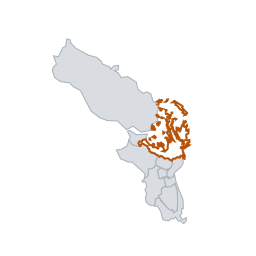 map of Greece with Bulgaria, Turkey, Albania and 6 others greyed out, rotated 218°
{"feature_id": "GRC", "entity_name": "Greece", "entity_type": "country or territory", "adm_level": 0, "iso_a3": "GRC", "parent_name": "Europe", "parent_adm1": "", "projection": "mercator", "projection_center": [23.941, 38.339], "detail": "fine", "context": "with_neighbors", "style": "outline", "palette": "amber", "viewbox_px": 256, "rotation_deg": 218, "n_neighbors": 9, "source": "natural_earth", "source_scale": "50m", "svg_char_len": 8750}
<svg xmlns="http://www.w3.org/2000/svg" viewBox="0 0 256 256"><g transform="rotate(218 128 128)"><path d="M84.4,98.6L86.4,102.4L103.8,103.6L107.0,101.3L114.9,99.1L123.6,103.5L120.1,107.2L117.7,113.7L119.9,118.8L114.1,117.6L107.4,120.4L107.3,124.9L101.3,125.7L96.6,122.6L91.3,125.0L86.4,124.8L85.9,118.9L82.6,116.0L83.7,114.8L83.0,113.7L84.1,110.8L86.6,108.0L83.4,104.0L82.8,100.7L84.4,98.6Z" fill="#d9dde1" stroke="#a8b0b8" stroke-width="1"/><path d="M231.1,160.5L227.9,161.9L225.6,159.8L217.9,158.7L203.9,161.1L196.3,164.3L190.8,164.3L187.3,162.7L180.0,165.0L177.8,163.4L177.5,168.0L173.9,171.6L171.5,167.9L174.0,164.8L169.9,165.5L164.4,163.6L159.8,168.3L149.8,169.3L144.4,164.8L137.3,164.6L135.7,168.0L131.1,169.0L124.7,164.6L117.5,164.7L113.6,156.5L108.7,151.8L111.9,145.2L107.7,141.1L115.1,132.8L125.3,132.5L128.1,125.8L140.7,127.0L148.7,121.2L156.4,118.7L167.4,118.5L188.5,128.2L196.2,126.9L201.9,127.6L209.8,123.0L216.8,122.6L223.2,126.9L224.3,130.0L223.7,134.3L231.2,139.0L226.7,141.4L228.8,151.2L227.5,153.8L231.1,160.5ZM107.4,120.4L114.1,117.6L119.9,118.8L120.6,122.3L126.4,125.1L125.2,127.3L117.3,127.8L109.0,135.2L107.0,129.3L108.6,128.3L110.6,122.8L107.4,120.4Z" fill="#d9dde1" stroke="#a8b0b8" stroke-width="1"/><path d="M73.6,129.1L73.5,131.4L71.3,132.7L70.9,135.5L67.8,139.7L62.9,134.3L62.3,130.1L63.8,121.4L62.2,117.2L65.1,112.7L65.5,114.4L67.3,113.6L70.3,117.0L69.9,123.2L70.8,127.0L73.6,129.1Z" fill="#d9dde1" stroke="#a8b0b8" stroke-width="1"/><path d="M44.0,77.2L51.1,82.5L56.6,84.3L59.1,82.9L62.8,89.2L60.2,92.8L57.2,90.7L46.9,89.3L43.8,89.5L42.4,91.4L40.0,89.3L38.6,93.2L51.4,109.6L57.3,113.1L56.5,114.6L40.4,105.3L34.8,98.5L36.2,97.8L33.1,93.9L33.0,90.8L28.8,89.3L26.7,93.3L24.8,90.2L25.2,86.8L29.8,87.1L31.0,85.5L35.8,87.2L35.8,84.6L38.1,83.6L38.8,79.7L44.0,77.2Z" fill="#d9dde1" stroke="#a8b0b8" stroke-width="1"/><path d="M57.3,113.1L51.4,109.6L43.3,100.4L38.6,93.2L40.0,89.3L42.4,91.4L43.8,89.5L46.9,89.3L62.6,92.8L61.0,96.9L64.2,100.4L63.2,104.7L58.2,108.1L57.3,113.1Z" fill="#d9dde1" stroke="#a8b0b8" stroke-width="1"/><path d="M82.6,116.0L85.9,118.9L86.4,124.8L84.0,126.6L80.5,126.4L77.9,128.4L73.6,129.1L70.8,127.0L69.9,123.2L71.9,118.4L82.6,116.0Z" fill="#d9dde1" stroke="#a8b0b8" stroke-width="1"/><path d="M59.1,82.9L64.1,80.4L68.3,80.8L71.9,84.5L72.6,87.5L76.7,89.8L77.2,93.6L81.1,96.3L83.1,94.2L84.8,95.4L83.2,97.0L84.4,98.6L82.8,100.7L83.4,104.0L86.6,108.0L84.1,110.8L83.0,113.7L83.7,114.8L82.6,116.0L77.3,116.7L78.6,112.8L72.2,107.4L68.5,111.6L69.1,110.8L61.6,105.1L63.2,104.7L64.2,100.4L61.0,96.9L62.6,92.8L60.2,92.8L62.8,89.2L59.1,82.9Z" fill="#d9dde1" stroke="#a8b0b8" stroke-width="1"/><path d="M69.1,110.8L65.5,114.4L65.1,112.7L62.2,117.2L62.7,120.0L56.5,114.6L58.2,108.1L61.6,105.1L69.1,110.8Z" fill="#d9dde1" stroke="#a8b0b8" stroke-width="1"/><path d="M70.7,120.2L70.3,117.0L67.3,113.6L70.1,111.0L71.0,107.9L72.2,107.4L78.6,112.8L77.3,116.7L71.9,118.4L71.6,120.3L70.7,120.2Z" fill="#d9dde1" stroke="#a8b0b8" stroke-width="1"/><path d="M107.9,121.2L110.5,122.4L110.8,124.2L110.6,124.6L108.8,125.7L109.0,127.8L107.3,129.9L106.9,130.1L105.7,129.1L101.6,128.3L100.7,127.8L98.6,129.0L96.5,128.2L93.9,130.2L91.8,130.0L91.6,130.6L92.5,131.7L92.2,132.3L92.5,132.8L93.6,132.9L94.8,133.6L95.6,135.2L94.4,134.0L92.8,133.4L91.5,133.6L91.5,134.0L93.1,135.5L93.4,136.3L93.0,136.8L92.3,136.3L91.1,134.5L89.5,134.2L89.3,134.6L89.6,135.5L91.2,136.8L90.9,137.1L89.3,136.6L88.9,135.7L88.8,134.6L86.0,133.0L85.7,132.2L86.2,131.3L84.3,132.2L84.3,133.3L83.9,135.4L84.0,136.2L85.6,138.2L86.6,140.2L88.3,142.0L88.9,143.6L87.7,144.2L87.5,143.9L87.8,142.9L86.7,142.2L86.2,142.4L85.7,142.9L86.0,143.6L86.5,144.8L87.2,144.7L85.4,145.9L83.9,146.2L86.9,147.3L87.6,147.9L88.4,148.0L89.2,149.1L90.5,149.4L91.3,150.6L93.1,151.2L93.5,152.4L93.7,156.0L93.2,156.3L90.6,153.5L90.0,153.2L88.0,153.9L87.0,154.6L87.7,155.3L88.0,156.7L89.3,157.1L90.0,158.2L87.8,159.1L87.4,158.9L87.4,158.2L86.8,157.9L85.2,157.0L84.9,157.4L85.2,158.6L85.7,159.5L87.1,163.1L87.0,164.8L87.8,166.5L86.6,165.8L85.3,163.7L84.8,163.6L84.1,163.7L83.3,165.5L83.3,166.5L82.9,166.2L82.6,165.9L82.6,164.4L80.6,161.7L79.8,162.0L79.7,163.5L79.4,164.1L78.4,163.0L77.3,161.2L77.3,160.2L78.0,159.3L78.0,158.7L77.2,157.4L75.6,156.3L75.4,155.4L74.3,154.5L75.5,153.3L76.1,151.9L77.8,152.1L78.9,150.8L79.8,150.8L86.2,153.9L86.0,153.1L87.5,152.9L87.9,152.4L87.3,151.9L85.6,151.6L82.9,149.8L82.2,150.5L79.9,150.1L76.6,150.8L75.7,149.4L75.5,150.4L74.7,150.6L74.2,150.3L73.4,148.0L72.6,147.0L72.0,146.7L71.9,146.1L72.0,145.7L72.7,145.6L74.2,146.0L74.5,145.7L74.2,144.8L72.0,145.0L69.9,142.9L68.8,142.3L68.1,140.4L66.8,139.0L67.7,139.4L68.5,139.3L68.9,138.2L69.4,138.2L68.9,136.7L69.5,136.0L71.2,135.5L72.2,132.6L73.1,132.2L73.7,131.1L73.2,129.7L73.2,129.1L75.6,128.9L76.1,128.6L77.3,128.9L78.6,128.2L80.0,126.6L81.3,126.4L83.4,126.7L84.9,126.2L85.3,124.8L87.8,124.9L88.3,124.4L90.9,124.3L93.4,123.7L93.7,123.1L96.8,122.9L97.3,123.9L98.5,124.6L99.0,124.3L99.9,124.5L101.6,125.6L105.2,124.8L106.1,125.0L107.5,124.4L107.6,123.2L107.0,121.8L107.2,121.5L107.9,121.2ZM92.0,173.8L93.4,174.0L94.0,173.5L94.5,173.5L94.7,173.9L94.1,174.3L95.0,174.5L95.2,175.2L95.7,175.4L98.1,174.8L100.0,175.0L100.7,175.5L103.1,175.8L104.8,175.5L104.9,177.1L105.2,177.3L106.8,176.5L107.7,176.6L108.7,175.7L108.2,177.9L107.7,178.1L105.5,178.1L98.7,178.8L98.3,178.7L98.1,177.6L96.4,177.0L90.6,176.2L90.4,174.9L90.5,174.0L90.8,173.7L91.2,174.1L91.6,173.0L92.0,173.8ZM88.8,144.8L90.2,146.7L92.5,147.7L94.2,148.1L94.7,149.0L94.6,149.6L95.2,151.7L95.7,152.2L97.1,152.3L97.2,153.4L96.7,153.8L95.7,153.4L94.8,152.6L94.6,151.8L93.6,150.3L91.8,150.2L91.0,149.8L90.8,148.9L88.4,146.8L86.9,146.1L86.3,146.4L85.9,146.2L88.4,144.8L88.8,144.8ZM109.3,142.3L109.2,142.8L110.4,144.1L110.5,144.8L109.9,144.4L110.2,145.1L109.2,145.3L107.7,144.8L107.3,144.4L108.4,143.4L107.8,143.4L107.1,144.3L106.0,143.9L105.6,143.4L106.0,142.6L107.2,142.5L107.7,142.2L107.7,141.9L108.9,141.8L109.3,142.3ZM118.8,170.7L118.2,170.9L118.0,170.5L118.3,169.6L118.0,168.7L119.3,167.3L121.4,166.6L120.8,168.4L120.3,169.1L120.5,169.6L119.6,169.8L118.8,170.7ZM107.7,151.0L106.6,152.2L105.9,151.5L105.8,151.3L106.6,150.6L105.6,149.2L105.6,148.7L106.7,148.5L107.7,149.0L107.7,151.0ZM70.6,149.5L71.0,151.3L71.4,151.5L72.1,152.3L71.9,152.9L70.8,152.5L70.3,152.6L69.8,151.6L69.2,152.0L69.5,150.7L70.3,150.7L70.6,149.5ZM67.3,141.4L67.5,141.8L66.1,141.1L64.5,138.5L65.8,138.0L66.3,138.4L66.4,138.7L65.8,139.3L66.2,139.8L66.5,141.0L67.3,141.4ZM103.0,136.2L102.3,138.1L101.7,138.0L101.6,137.4L101.2,137.9L100.4,137.8L100.4,136.5L101.5,136.4L101.9,136.9L103.0,136.2ZM112.1,155.1L113.5,155.5L113.6,156.0L112.2,156.5L110.5,155.9L110.8,155.4L112.1,155.1ZM98.5,131.1L97.6,131.4L96.8,130.8L96.8,130.5L97.5,129.6L98.1,129.6L98.6,130.4L98.5,131.1ZM72.7,155.2L73.4,156.0L72.9,155.8L72.3,156.4L70.9,154.8L71.4,154.1L71.9,154.8L72.7,155.2ZM103.6,162.2L103.0,162.5L102.4,161.3L103.5,160.3L103.9,160.6L103.6,162.2ZM99.9,155.6L99.7,156.1L98.1,154.4L98.0,153.9L98.6,153.6L99.0,154.3L99.7,154.3L99.9,155.6ZM114.8,174.4L114.2,175.0L113.7,173.4L114.3,172.4L114.3,171.9L114.7,171.6L114.3,173.2L114.8,174.4ZM71.6,148.1L70.5,148.6L70.8,147.1L71.4,146.4L71.6,148.1ZM87.4,168.1L87.0,168.9L86.3,168.7L86.1,168.3L86.1,167.5L86.4,167.0L87.4,168.1ZM115.6,163.0L112.7,164.2L112.9,163.8L114.7,162.7L115.6,163.0ZM108.0,157.2L106.5,157.5L107.2,156.6L108.9,156.3L108.0,157.2ZM101.8,161.3L101.3,162.0L100.7,161.6L101.0,161.0L101.5,160.7L101.8,160.8L101.8,161.3ZM101.7,156.9L101.4,157.4L101.0,157.4L100.0,156.3L101.7,156.9ZM97.8,146.7L96.9,146.9L97.1,146.5L96.4,146.0L96.6,145.2L97.1,145.6L97.2,146.1L97.8,146.7ZM104.5,132.8L103.8,133.0L103.0,132.3L103.8,132.0L104.5,132.8ZM96.9,163.9L96.9,164.5L95.5,164.8L95.7,164.0L96.2,164.3L96.9,163.9ZM105.7,163.6L104.9,163.6L106.6,162.4L107.0,162.7L105.7,163.6ZM96.0,156.5L95.3,157.5L95.2,156.9L95.5,156.2L95.9,156.2L96.0,156.5ZM102.7,158.4L102.0,158.5L102.1,157.8L103.1,158.0L102.7,158.4ZM109.7,165.3L108.8,165.9L108.4,165.7L108.4,165.3L108.8,165.4L109.2,165.1L109.1,164.9L109.7,165.3ZM113.4,162.2L112.7,162.4L112.8,161.7L112.5,161.2L113.5,161.9L113.4,162.2ZM96.5,158.5L95.9,159.3L96.0,158.7L95.8,158.4L96.2,157.9L96.5,158.5ZM71.9,150.8L71.5,150.9L71.0,149.5L71.5,149.7L71.9,150.8ZM102.7,164.2L102.4,164.7L101.7,163.9L101.9,163.6L102.7,164.2ZM91.9,144.1L91.6,144.4L91.1,144.3L90.7,143.3L91.9,144.1ZM90.4,154.2L89.8,154.4L89.5,154.1L89.9,153.6L90.4,154.2ZM96.8,160.9L96.2,160.8L96.3,160.3L96.9,160.3L96.8,160.9ZM103.2,166.9L102.9,167.4L102.4,167.2L102.7,166.8L102.7,166.3L103.2,166.9ZM98.1,162.6L97.8,162.2L97.9,161.7L98.1,161.7L98.4,162.3L98.1,162.6ZM119.0,164.9L118.8,165.7L118.5,165.2L119.0,164.9ZM93.2,142.8L92.3,143.8L92.6,143.1L93.2,142.8ZM99.6,157.8L99.6,158.7L99.4,158.6L99.4,157.7L99.6,157.8Z" fill="none" stroke="#b45309" stroke-width="2"/></g></svg>